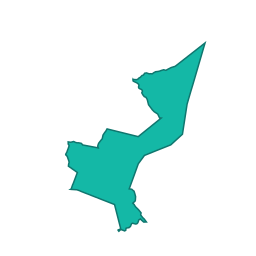 the district of La Croix Maingot, Anse-la-Raye, Saint Lucia, rotated 105°
{"feature_id": "8701671B12954312315710", "entity_name": "La Croix Maingot", "entity_type": "district", "adm_level": 2, "iso_a3": "LCA", "parent_name": "Saint Lucia", "parent_adm1": "Anse-la-Raye", "projection": "albers", "projection_center": [-61.005, 13.965], "detail": "fine", "context": "isolated", "style": "filled", "palette": "teal", "viewbox_px": 256, "rotation_deg": 105, "n_neighbors": 0, "source": "geoboundaries", "source_scale": "gbopen_adm2", "svg_char_len": 2227}
<svg xmlns="http://www.w3.org/2000/svg" viewBox="0 0 256 256"><g transform="rotate(105 128 128)"><path d="M25.9,75.6L56.2,98.4L58.4,101.9L60.9,104.7L61.8,105.6L62.5,106.3L62.5,108.6L63.9,110.9L64.8,112.1L65.5,113.4L66.5,115.9L67.8,117.3L69.4,118.6L69.8,120.6L70.2,121.5L70.0,124.4L70.8,126.1L72.9,126.8L73.6,128.0L75.0,128.8L75.9,129.2L76.5,130.1L78.2,131.1L79.1,132.2L79.8,135.7L79.7,135.8L79.9,135.8L80.0,135.7L81.2,135.3L81.4,134.8L81.6,134.1L81.7,133.5L81.9,132.2L82.2,130.9L82.8,129.5L83.4,128.8L84.2,128.5L84.8,128.4L85.5,128.5L86.0,128.3L86.6,127.9L87.0,127.1L87.1,126.2L87.3,125.1L87.6,124.5L88.1,123.9L88.8,123.6L89.6,123.7L90.4,123.8L90.8,123.5L91.5,122.8L92.3,122.0L93.1,120.9L93.5,120.4L93.6,119.5L93.7,118.6L95.5,116.8L100.2,114.2L104.2,109.1L105.5,106.9L106.8,102.9L110.0,100.2L109.8,98.5L133.7,115.9L134.3,148.0L136.7,148.6L138.3,149.3L141.3,150.3L145.1,150.1L146.7,150.9L150.3,152.4L152.5,152.6L153.8,152.4L154.9,151.6L156.1,167.4L155.8,167.7L154.9,169.2L155.1,171.9L155.5,173.5L155.5,175.1L155.1,177.0L156.6,179.6L156.9,182.2L159.0,181.6L159.3,181.3L160.0,180.4L160.3,180.4L161.0,180.3L163.7,180.5L165.3,180.7L167.1,180.8L169.5,181.4L169.8,181.2L170.2,181.0L170.2,180.6L170.4,180.4L170.6,180.1L171.6,179.0L172.3,178.6L174.0,177.4L174.6,177.0L176.2,176.0L178.3,176.0L178.9,175.9L180.3,175.7L182.5,169.7L184.1,165.4L195.4,166.5L196.2,166.6L197.2,166.8L201.7,167.1L201.9,167.4L202.1,167.6L202.0,166.9L200.9,161.4L201.1,158.4L201.4,156.9L205.4,121.2L227.3,108.9L229.1,111.2L229.4,111.1L230.1,110.1L227.9,108.7L228.1,106.1L228.3,104.6L227.4,103.7L226.1,103.9L225.3,103.9L224.6,102.7L224.0,101.2L223.3,101.0L222.7,100.2L219.5,99.8L218.8,99.0L218.8,96.3L218.7,95.5L218.0,94.5L216.9,94.0L215.4,93.8L214.2,93.9L212.6,92.5L213.3,91.5L214.8,88.5L214.0,85.9L211.7,88.8L210.7,90.7L208.8,93.1L208.7,93.3L206.6,93.4L204.4,96.4L204.2,96.7L202.1,100.4L201.1,101.5L200.3,102.3L199.4,103.9L198.2,103.2L197.0,102.3L195.8,102.2L192.3,102.9L189.7,104.4L188.1,105.4L187.4,105.9L186.9,107.2L186.2,108.5L186.3,109.4L186.5,111.1L175.2,110.1L159.9,108.8L150.2,105.0L150.1,104.8L150.0,104.7L142.6,94.9L133.2,82.3L119.9,73.8L89.7,77.1L84.5,77.0L75.6,76.8L69.5,76.6L25.9,75.6Z" fill="#14b8a6" stroke="#0f766e" stroke-width="1.5"/></g></svg>